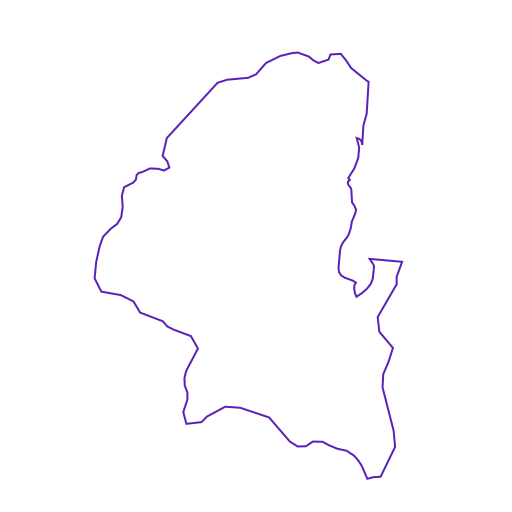 map outline of Bursa (Mercator projection), rotated 96°
{"feature_id": "TUR-2264", "entity_name": "Bursa", "entity_type": "Province", "adm_level": 1, "iso_a3": "TUR", "parent_name": "Turkey", "parent_adm1": "", "projection": "mercator", "projection_center": [28.985, 40.083], "detail": "fine", "context": "isolated", "style": "outline", "palette": "violet", "viewbox_px": 512, "rotation_deg": 96, "n_neighbors": 0, "source": "natural_earth", "source_scale": "10m", "svg_char_len": 1752}
<svg xmlns="http://www.w3.org/2000/svg" viewBox="0 0 512 512"><g transform="rotate(96 256 256)"><path d="M71.0,162.2L102.9,160.8L114.8,162.8L134.5,162.0L132.1,162.6L130.1,163.7L128.8,165.5L128.1,168.2L137.4,164.7L147.9,164.6L158.7,167.4L168.9,172.4L170.3,170.6L171.1,171.0L172.0,172.1L173.5,172.4L175.6,171.6L178.0,169.2L179.8,168.2L192.6,166.1L196.1,163.2L199.5,161.3L203.9,161.9L211.7,164.3L218.6,164.7L225.0,166.1L228.2,167.6L233.6,171.0L237.5,172.4L241.6,173.0L259.2,172.7L263.2,171.8L266.4,169.3L268.3,165.4L270.3,157.3L272.0,153.9L274.9,155.1L278.6,154.9L282.6,153.7L286.0,151.8L281.9,146.8L276.9,142.2L271.5,138.8L266.4,137.5L254.0,137.5L252.0,138.5L247.0,142.7L246.5,110.1L262.3,114.0L269.3,113.1L304.0,128.6L318.5,125.4L333.1,110.2L347.3,113.1L360.2,117.1L373.5,116.4L415.6,100.8L431.3,97.7L462.5,109.0L463.6,115.7L465.9,122.0L453.8,128.8L448.9,132.7L444.4,137.5L440.2,145.6L439.1,155.3L436.7,163.3L433.8,170.4L434.6,180.0L440.0,186.5L441.1,194.6L437.1,202.8L415.2,226.1L408.6,255.9L409.1,270.9L420.9,288.1L426.9,292.8L430.2,307.7L418.8,312.0L405.9,309.2L398.9,310.0L392.4,313.3L385.1,314.4L377.8,313.5L354.1,304.1L342.5,312.3L337.9,329.9L335.4,336.8L330.7,341.7L324.4,365.3L314.0,373.1L309.0,386.4L307.6,406.1L295.0,414.2L278.7,414.3L262.6,412.5L252.6,410.0L244.0,403.2L238.4,397.3L231.5,394.1L220.9,393.7L210.4,395.7L201.4,394.4L195.8,385.7L192.5,383.4L188.2,383.2L185.7,381.4L184.4,377.9L180.0,370.6L179.5,362.4L180.6,356.4L177.1,351.4L171.0,354.2L166.2,359.3L148.0,357.0L87.7,312.3L83.7,303.1L79.6,282.4L75.3,274.9L63.0,266.2L54.5,252.7L50.5,241.5L49.3,235.7L52.1,224.4L55.3,219.6L57.5,214.1L53.1,204.4L47.8,203.0L46.1,192.8L52.3,186.6L59.1,181.1L70.0,164.3L71.0,162.2L71.0,162.2Z" fill="none" stroke="#5b21b6" stroke-width="2"/></g></svg>